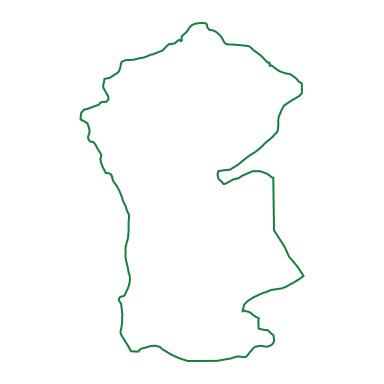 the district of Al Makhadir, Ibb, Yemen
{"feature_id": "15242507B59993848545507", "entity_name": "Al Makhadir", "entity_type": "district", "adm_level": 2, "iso_a3": "YEM", "parent_name": "Yemen", "parent_adm1": "Ibb", "projection": "mercator", "projection_center": [44.207, 14.141], "detail": "fine", "context": "isolated", "style": "outline", "palette": "green", "viewbox_px": 384, "rotation_deg": 0, "n_neighbors": 0, "source": "geoboundaries", "source_scale": "gbopen_adm2", "svg_char_len": 5261}
<svg xmlns="http://www.w3.org/2000/svg" viewBox="0 0 384 384"><path d="M84.3,109.3L81.1,113.2L80.5,119.5L83.6,121.0L87.4,123.2L88.5,126.5L89.5,129.8L89.4,132.9L88.1,136.7L88.1,138.2L88.8,139.9L90.2,141.6L93.3,142.0L94.8,143.7L96.1,145.7L97.4,148.4L101.0,154.2L101.4,155.1L100.7,158.0L100.3,159.2L101.2,163.1L102.3,166.2L103.2,167.9L103.3,168.1L105.7,172.9L108.9,173.3L111.1,174.5L112.1,176.6L111.8,176.6L112.1,177.7L112.7,179.4L113.3,181.2L114.3,182.8L115.6,184.2L116.6,185.7L117.7,187.6L118.7,189.5L119.5,191.1L120.2,192.9L121.0,194.6L121.6,196.3L122.2,198.0L122.6,199.8L123.3,201.5L124.2,203.4L124.7,204.2L124.8,204.5L125.1,205.1L125.9,206.8L126.4,208.7L127.0,210.6L127.8,212.5L128.8,214.1L129.0,216.0L129.0,218.0L128.8,220.0L128.6,221.9L128.6,224.0L128.6,225.8L128.6,227.9L128.6,230.0L128.6,231.9L128.3,233.7L128.3,235.5L128.0,237.5L127.7,239.3L127.2,241.0L126.5,243.2L126.1,245.1L125.7,247.0L125.4,248.5L125.5,250.5L125.7,252.3L125.6,254.4L125.4,256.2L125.7,258.1L126.0,259.9L126.3,261.7L126.8,263.5L127.2,265.4L127.7,267.2L128.0,269.1L128.4,271.0L128.7,272.8L129.3,274.7L129.8,276.7L129.9,279.1L129.8,281.0L129.5,282.9L128.9,285.2L128.3,287.2L127.6,289.0L126.7,290.8L125.8,292.8L124.9,294.7L124.6,295.4L123.5,296.0L122.1,296.4L120.7,296.8L119.3,297.9L118.9,298.9L118.9,299.6L119.0,300.5L119.6,301.4L120.0,302.0L120.4,302.7L121.3,304.1L121.2,304.3L122.1,312.0L122.4,314.8L122.1,318.1L122.1,322.7L121.5,327.0L120.9,330.0L120.5,332.0L120.6,333.0L121.3,334.9L122.2,336.5L122.6,337.1L129.6,348.3L129.4,348.5L131.1,351.3L138.5,351.6L139.5,350.0L141.1,348.7L144.8,347.8L151.1,346.0L154.9,345.7L159.6,346.8L162.5,349.3L167.3,352.2L170.5,354.2L178.8,358.1L187.6,361.0L209.1,360.9L217.0,360.9L227.9,358.9L229.9,358.7L231.8,358.2L232.4,357.9L233.5,357.5L235.3,357.1L237.1,356.6L239.0,356.5L240.8,356.7L242.6,357.1L244.4,357.2L246.3,356.6L247.6,355.2L248.8,353.6L250.0,352.1L251.4,350.6L252.5,349.1L253.8,347.6L255.6,346.8L257.5,346.3L259.3,345.9L261.2,345.9L263.1,346.2L265.0,346.5L266.8,346.7L268.6,346.2L270.3,345.6L271.9,344.6L273.1,343.2L273.6,342.3L274.2,341.2L273.9,339.3L273.6,335.8L273.0,334.7L271.6,333.9L269.8,332.2L268.6,330.7L267.7,330.2L264.1,329.9L263.2,329.7L262.4,329.4L260.5,329.2L258.5,328.4L258.5,326.5L258.6,325.5L258.3,321.6L258.8,318.3L257.8,317.7L256.0,316.9L254.5,315.9L252.8,314.8L251.4,313.3L249.8,312.3L248.0,311.6L246.0,311.3L244.3,310.7L244.2,310.6L243.5,310.8L243.1,310.9L242.7,311.1L242.8,309.8L244.3,304.4L247.7,301.1L253.1,297.5L258.5,295.0L263.8,292.7L266.5,292.0L270.8,290.0L276.4,289.2L282.2,288.3L286.9,286.4L287.4,285.9L293.7,282.5L299.5,279.0L303.5,276.0L302.7,274.6L297.6,266.8L292.7,260.9L289.2,257.0L285.8,249.5L284.4,246.5L283.1,244.4L274.0,230.3L273.8,214.8L273.6,200.2L273.3,177.6L271.9,177.4L267.4,173.9L260.1,171.2L252.9,171.2L248.4,173.0L242.1,175.8L240.8,176.7L239.1,177.9L237.2,178.6L235.9,178.8L233.7,179.2L225.3,183.8L223.4,184.0L222.1,182.1L218.5,179.0L217.5,174.3L218.5,171.0L227.4,169.9L229.7,169.8L231.2,168.9L232.8,167.9L234.5,166.9L236.3,165.8L237.8,164.8L238.5,164.3L239.4,163.6L240.9,162.4L242.4,161.0L244.1,159.7L245.6,158.5L247.0,157.4L248.8,156.1L250.4,155.0L253.5,153.1L255.1,152.1L256.6,150.9L258.3,149.6L259.7,148.5L261.2,147.1L262.5,145.9L263.8,144.5L265.3,143.0L267.1,141.4L268.7,140.3L269.8,139.4L270.2,139.0L271.7,137.7L273.1,136.3L274.3,135.0L275.5,133.6L276.9,132.2L277.0,132.1L277.8,130.0L278.4,124.2L278.2,121.1L278.4,118.9L278.8,116.6L281.7,109.8L283.9,105.6L291.3,100.7L299.5,95.9L301.9,93.1L301.8,83.4L301.7,83.3L299.2,81.9L298.4,81.1L297.2,79.6L295.7,78.1L294.2,76.9L292.7,75.8L290.3,74.3L288.6,73.9L286.8,73.6L284.6,73.0L282.7,72.4L281.0,71.8L279.3,71.1L277.6,70.0L275.8,68.7L274.3,67.6L272.8,66.4L271.2,65.3L270.7,65.3L270.5,65.5L270.3,65.6L270.1,65.8L269.8,65.8L269.7,65.7L269.5,65.4L269.7,64.0L269.7,63.3L269.4,62.9L269.0,62.6L268.6,62.5L268.1,62.7L266.6,61.5L265.3,60.1L263.9,58.7L262.5,57.2L261.0,55.8L259.5,54.5L258.0,53.4L256.4,52.2L254.6,51.0L253.0,49.6L251.4,48.1L250.0,46.8L248.4,46.1L246.6,45.9L244.6,45.6L242.7,45.4L240.9,45.3L239.0,45.0L237.1,44.9L235.1,44.8L233.2,44.6L231.3,44.5L229.5,44.5L227.7,44.4L225.9,44.0L224.6,42.7L223.6,41.1L222.7,39.4L221.7,37.5L220.6,36.0L219.3,34.6L217.9,33.5L216.6,32.3L214.9,31.2L213.1,30.5L211.3,30.1L209.4,29.9L207.3,27.3L207.0,24.6L205.7,23.3L203.5,23.1L201.6,23.0L199.6,23.1L197.8,23.3L195.8,23.6L194.1,24.1L192.1,25.1L190.5,26.3L189.3,27.8L188.3,29.4L187.2,31.1L186.0,32.6L184.5,33.8L183.1,35.1L182.1,35.9L181.5,38.5L181.8,40.5L181.5,40.9L180.8,41.0L180.4,40.8L180.2,40.4L179.7,39.9L178.0,40.4L177.6,40.9L176.2,42.1L174.9,43.3L171.6,44.0L169.0,44.2L167.8,45.1L162.2,50.7L162.0,50.8L160.2,51.4L158.4,52.2L156.5,53.0L154.6,53.5L153.1,54.4L151.3,54.5L149.5,55.2L147.8,56.0L145.8,56.8L144.0,57.4L142.1,57.8L140.1,58.1L138.0,58.6L136.2,59.1L134.0,59.6L132.2,59.9L130.4,59.9L128.4,60.0L126.5,60.1L124.6,60.5L122.8,61.2L121.3,62.5L120.8,64.3L120.6,66.2L120.1,68.0L119.5,69.9L118.7,71.6L117.4,72.9L115.9,74.0L114.1,75.0L112.4,76.1L110.7,77.3L110.0,77.8L104.5,78.9L103.6,83.8L103.1,85.6L103.3,87.5L104.1,89.2L105.2,90.9L106.1,92.7L106.9,94.3L108.1,95.9L108.4,98.0L108.5,99.4L107.5,100.3L106.7,101.7L104.9,101.9L103.0,101.9L101.2,102.4L100.0,103.0L98.9,104.7L97.1,105.3L85.9,109.4L84.3,109.3Z" fill="none" stroke="#15803d" stroke-width="2"/></svg>